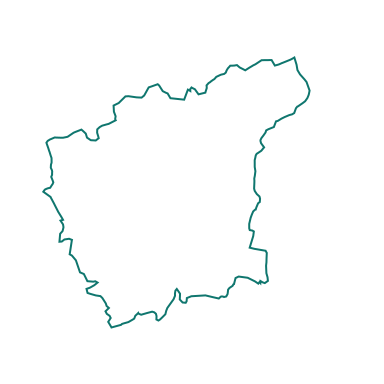 the district of Dyarb Nigm, Ash Sharqiyah, Egypt, rotated 343°
{"feature_id": "37247803B60189516177334", "entity_name": "Dyarb Nigm", "entity_type": "district", "adm_level": 2, "iso_a3": "EGY", "parent_name": "Egypt", "parent_adm1": "Ash Sharqiyah", "projection": "orthographic", "projection_center": [31.456, 30.753], "detail": "fine", "context": "isolated", "style": "outline", "palette": "teal", "viewbox_px": 384, "rotation_deg": 343, "n_neighbors": 0, "source": "geoboundaries", "source_scale": "gbopen_adm2", "svg_char_len": 4306}
<svg xmlns="http://www.w3.org/2000/svg" viewBox="0 0 384 384"><g transform="rotate(343 192 192)"><path d="M329.2,96.6L329.2,93.3L327.2,93.8L325.0,94.2L323.0,94.4L316.1,95.0L315.5,95.0L314.2,95.2L312.4,95.4L312.0,95.4L311.3,95.4L308.2,95.3L306.7,89.1L297.1,86.3L290.0,88.4L287.5,88.8L286.4,89.1L283.1,89.9L279.9,90.8L278.5,91.2L277.0,89.7L274.5,87.3L274.0,86.8L272.1,83.8L269.9,83.5L269.1,83.4L265.5,82.4L263.6,83.6L262.5,84.2L260.6,85.9L259.7,87.1L259.2,87.7L257.3,88.5L255.8,88.4L254.5,88.3L253.7,88.3L251.6,88.6L248.9,89.0L247.0,90.2L246.3,90.6L245.9,90.7L244.7,91.0L242.1,91.9L241.6,92.2L239.7,92.7L238.6,93.4L237.1,94.3L236.9,95.3L236.5,96.9L234.7,99.5L233.8,100.9L226.8,100.5L224.8,94.6L222.6,92.5L222.1,91.9L220.4,93.1L219.9,94.9L219.1,94.0L218.0,92.9L211.5,101.4L198.8,96.0L197.5,90.6L196.6,89.9L196.1,89.5L193.5,87.0L191.7,80.5L190.7,78.9L188.9,79.0L184.4,79.2L181.2,79.3L179.3,81.1L176.1,84.2L174.4,85.8L173.8,86.0L171.4,87.0L166.7,85.3L159.2,81.8L157.9,81.5L156.3,81.1L147.9,85.5L145.3,85.9L142.3,86.4L140.8,92.4L141.1,97.2L139.9,99.7L139.8,100.3L140.0,101.1L132.2,102.5L130.2,102.4L125.5,102.3L122.9,102.9L122.4,103.1L119.7,104.4L118.6,107.6L118.6,109.6L118.6,111.3L118.5,113.3L117.6,113.6L115.0,114.6L112.9,113.8L110.7,113.0L110.3,112.8L107.5,109.3L107.5,109.2L107.5,106.9L107.5,105.1L106.1,102.6L104.5,100.0L97.8,100.5L96.1,100.7L89.3,102.8L88.6,102.8L85.6,102.5L84.5,102.4L81.4,101.4L79.1,100.6L78.2,100.3L76.7,99.7L74.0,100.0L71.2,100.3L70.3,100.6L69.0,100.9L67.2,102.3L67.2,103.4L67.4,108.2L67.4,110.8L67.5,111.9L67.5,115.7L67.6,118.3L67.5,118.8L66.9,120.9L66.4,122.6L65.9,123.5L65.3,124.3L65.1,124.7L64.1,127.4L64.1,127.9L64.4,130.0L64.4,130.5L64.3,131.5L63.7,133.1L63.2,134.7L62.7,135.3L61.8,136.4L61.9,137.5L62.1,140.1L62.2,142.2L61.0,143.7L59.8,144.6L57.6,146.5L55.4,146.3L53.8,146.4L52.3,146.6L51.4,147.1L49.9,148.3L55.3,155.4L55.3,155.8L56.6,162.3L57.0,164.7L58.3,172.0L59.8,177.7L60.5,180.9L58.8,180.9L57.9,180.9L59.2,185.3L58.8,188.1L58.6,188.5L57.3,190.7L56.7,191.6L53.7,193.4L50.7,200.8L53.0,201.3L56.1,200.1L60.8,200.8L63.2,202.7L62.9,203.2L57.1,215.2L56.8,215.8L58.6,217.7L61.0,223.4L61.4,236.1L64.6,238.8L65.3,243.0L65.9,246.7L71.4,248.9L73.4,249.1L75.2,251.0L74.2,251.4L71.2,252.6L70.7,252.7L66.7,253.6L65.9,253.7L62.8,253.8L62.6,257.9L62.6,258.0L65.0,259.7L69.8,262.8L74.0,264.8L75.3,267.2L77.0,273.4L77.0,276.0L78.6,278.6L74.4,280.8L74.9,283.6L77.0,286.3L77.4,288.7L74.5,291.2L73.9,291.7L75.3,297.4L75.4,298.0L85.3,298.3L86.5,297.7L88.9,297.7L93.1,297.8L97.9,296.7L99.7,296.2L101.6,293.8L104.3,292.5L105.2,292.0L105.2,292.6L107.5,294.5L113.5,294.6L118.9,294.8L120.7,296.0L121.9,297.9L121.8,300.3L120.7,303.5L122.3,305.1L124.1,304.6L126.5,303.4L128.2,302.5L130.8,301.1L132.6,298.1L134.5,295.7L137.5,293.4L143.0,289.2L145.4,286.3L146.1,283.9L147.3,281.5L148.2,280.9L149.1,280.3L150.1,283.4L150.8,285.8L150.0,288.1L148.9,291.2L150.7,294.9L153.6,296.1L154.9,294.9L156.1,291.9L158.7,291.7L160.9,291.5L174.6,294.8L181.1,298.6L186.5,301.7L188.9,300.5L190.1,300.6L191.3,301.2L191.9,301.8L194.2,301.9L194.8,301.3L196.1,300.1L196.7,298.9L198.0,295.9L199.2,295.1L199.8,294.7L203.4,293.6L204.6,292.4L205.2,292.4L208.5,287.0L211.9,286.5L220.2,290.3L226.1,295.9L228.6,299.0L230.3,297.8L230.8,299.0L231.5,297.2L233.2,299.1L235.0,300.4L238.6,299.2L238.7,298.7L239.3,295.6L239.4,291.4L241.3,284.1L242.6,281.1L243.8,277.5L245.7,272.1L245.3,270.3L245.2,269.7L243.4,268.8L235.1,264.6L230.9,262.1L237.7,252.0L239.6,247.8L238.4,246.5L236.1,245.3L236.1,243.5L236.7,241.5L237.4,239.2L240.5,233.9L242.3,231.5L244.8,228.5L247.2,227.3L247.8,227.4L249.0,225.6L251.5,222.6L252.1,222.0L253.9,221.4L255.1,218.4L255.2,216.9L255.2,216.0L253.4,213.0L252.3,209.3L252.4,206.9L254.3,201.5L254.9,199.7L255.5,197.3L256.8,194.9L258.7,190.7L259.3,186.4L261.3,179.8L262.4,178.0L263.7,175.6L265.0,174.4L266.8,173.9L270.4,172.8L272.3,171.5L274.0,170.4L272.3,165.5L272.4,163.1L272.8,162.2L274.2,160.7L276.6,159.0L279.7,156.6L280.9,154.8L283.3,154.3L289.3,153.8L290.2,152.6L293.0,149.0L294.8,149.1L299.0,148.0L302.6,147.4L307.4,146.9L308.2,146.9L310.4,147.0L312.8,146.4L315.9,142.3L317.7,141.1L318.3,141.1L323.7,139.4L326.7,138.3L329.8,135.9L331.7,133.6L332.2,132.9L334.1,129.4L333.7,120.3L332.5,117.2L330.8,113.5L329.7,111.1L328.5,106.2L329.2,100.8L329.2,96.6Z" fill="none" stroke="#0f766e" stroke-width="2"/></g></svg>